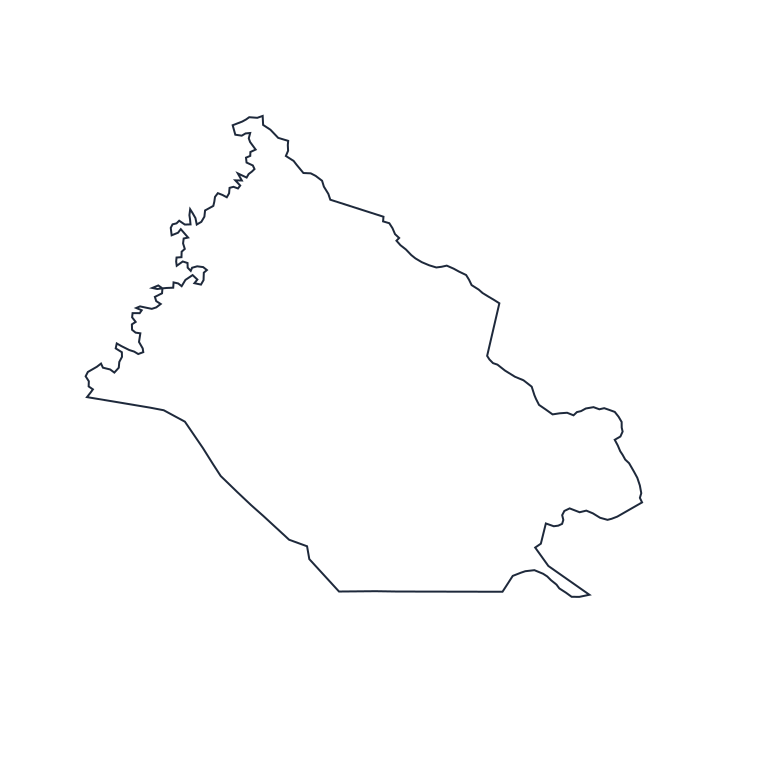 Mamborê, Paraná, Brazil (Equal Earth projection), rotated 110°
{"feature_id": "56859067B66158143742669", "entity_name": "Mamborê", "entity_type": "district", "adm_level": 2, "iso_a3": "BRA", "parent_name": "Brazil", "parent_adm1": "Paraná", "projection": "equal_earth", "projection_center": [-52.631, -24.35], "detail": "fine", "context": "isolated", "style": "outline", "palette": "slate", "viewbox_px": 768, "rotation_deg": 110, "n_neighbors": 0, "source": "geoboundaries", "source_scale": "gbopen_adm2", "svg_char_len": 3359}
<svg xmlns="http://www.w3.org/2000/svg" viewBox="0 0 768 768"><g transform="rotate(110 384 384)"><path d="M268.7,303.2L267.4,309.2L266.1,316.1L264.8,322.5L262.9,327.3L261.1,335.5L257.0,339.7L253.5,344.1L252.7,352.1L251.8,358.0L251.3,365.5L254.1,369.9L256.6,374.7L257.0,382.1L256.6,390.1L255.2,397.5L253.5,402.5L250.1,409.4L248.0,415.9L245.1,421.3L241.6,419.7L239.4,424.9L234.7,429.3L231.1,434.0L231.5,440.5L227.0,441.7L229.2,497.5L224.4,501.3L219.1,508.0L214.2,511.7L211.8,519.4L211.1,524.9L213.3,531.9L207.9,541.1L205.3,545.2L203.3,554.2L197.6,553.9L192.4,556.1L188.3,557.2L188.9,567.6L183.9,577.7L181.9,586.2L173.6,589.7L177.2,594.1L179.4,601.9L182.6,604.1L185.9,607.0L192.6,614.7L200.6,609.0L199.3,602.6L195.9,599.8L193.9,595.6L199.4,595.1L202.4,592.6L207.6,584.8L211.7,588.9L215.4,587.7L218.5,591.1L222.9,588.9L223.5,582.0L226.3,579.2L229.6,580.8L233.0,583.0L237.0,583.7L236.1,593.4L241.4,587.2L243.5,593.4L246.7,587.0L250.2,588.1L250.2,592.9L252.5,596.2L257.8,594.8L262.3,595.6L261.6,600.5L261.5,605.4L266.0,606.8L270.8,605.8L275.0,605.3L282.1,611.5L288.2,610.0L294.1,611.1L298.2,614.5L292.6,617.9L288.8,622.4L286.1,625.9L291.9,624.6L295.4,622.7L300.2,620.4L302.3,625.7L300.6,632.3L304.0,633.9L306.3,637.3L310.2,637.8L316.9,634.4L312.3,629.3L308.0,627.9L313.4,618.2L315.8,622.0L320.6,620.9L325.2,617.4L328.9,619.4L334.1,617.7L336.1,622.2L340.0,621.2L343.8,619.2L337.7,615.0L337.5,610.0L341.8,608.3L343.8,604.3L340.4,604.1L337.3,599.8L336.0,593.9L337.5,589.4L341.0,591.4L348.1,589.1L353.2,590.0L354.1,596.6L349.7,595.1L347.1,601.1L354.1,606.2L361.3,607.6L359.9,611.7L360.5,616.5L365.6,615.0L368.1,621.1L369.9,624.9L374.7,623.6L380.5,629.1L384.0,626.4L385.2,621.2L389.9,624.2L392.8,627.9L393.6,633.3L394.5,639.8L397.3,642.8L397.6,636.9L401.0,637.8L403.4,644.5L407.5,643.5L410.6,638.6L414.2,641.3L419.2,639.3L420.7,635.0L419.7,630.3L423.3,629.6L428.3,628.6L433.1,622.9L436.4,621.1L439.9,625.2L439.0,629.8L439.2,635.0L438.2,643.7L437.3,649.0L442.3,648.3L443.8,641.2L448.1,639.5L453.8,640.3L459.4,638.8L465.5,641.3L464.0,646.3L464.8,653.7L461.6,656.9L466.0,659.7L474.0,666.4L478.8,667.0L482.4,662.3L487.3,660.7L488.6,655.7L492.1,656.7L497.9,658.6L486.2,595.6L484.0,582.0L487.5,558.2L506.1,532.3L513.8,522.4L518.0,517.0L526.3,506.0L535.7,485.0L543.3,467.4L549.3,452.2L562.8,419.9L562.8,400.8L574.1,394.3L594.4,355.3L581.6,321.1L574.6,300.9L538.7,201.6L533.1,200.3L520.3,197.4L514.4,190.7L511.6,187.2L507.5,179.0L507.9,169.6L509.0,164.8L511.2,160.1L513.5,153.3L516.1,149.4L517.9,141.5L519.8,134.9L517.2,127.6L511.8,118.9L498.8,167.3L486.0,186.0L480.4,182.0L459.7,184.2L459.6,175.8L457.5,171.8L454.5,168.8L450.4,169.0L446.3,171.7L441.6,171.1L437.4,167.0L437.6,156.3L433.8,150.6L434.1,143.5L435.8,135.2L435.2,127.5L432.8,124.0L428.8,119.4L407.0,101.0L403.5,104.6L398.6,104.9L391.8,108.9L385.5,113.9L380.9,119.1L374.6,126.6L372.5,131.5L369.0,135.5L366.4,139.0L361.8,143.3L357.5,148.1L352.5,143.9L347.1,143.5L343.7,145.7L338.4,147.7L334.5,152.4L331.3,157.6L331.3,163.6L331.4,168.8L334.1,173.0L334.1,179.2L338.0,186.0L342.1,189.6L344.4,193.1L348.6,195.2L348.4,202.1L351.5,209.0L354.9,215.2L352.7,223.1L350.6,231.2L346.0,236.1L343.1,238.8L336.0,244.3L332.8,254.2L332.4,263.4L330.0,274.9L327.0,284.0L327.1,288.7L324.9,293.3L322.3,296.7L268.7,303.2ZM369.9,624.9L368.6,629.8L373.0,634.6L372.3,629.6L369.9,624.9Z" fill="none" stroke="#1e293b" stroke-width="2"/></g></svg>